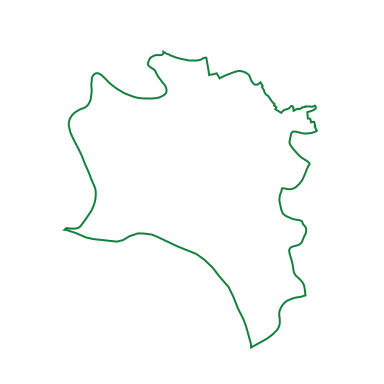 Thai Thuy, Thái Bình, Vietnam (Natural Earth projection), rotated 106°
{"feature_id": "81297802B86878375688696", "entity_name": "Thai Thuy", "entity_type": "district", "adm_level": 2, "iso_a3": "VNM", "parent_name": "Vietnam", "parent_adm1": "Thái Bình", "projection": "natural_earth1", "projection_center": [106.487, 20.541], "detail": "fine", "context": "isolated", "style": "outline", "palette": "green", "viewbox_px": 384, "rotation_deg": 106, "n_neighbors": 0, "source": "geoboundaries", "source_scale": "gbopen_adm2", "svg_char_len": 5746}
<svg xmlns="http://www.w3.org/2000/svg" viewBox="0 0 384 384"><g transform="rotate(106 192 192)"><path d="M65.1,258.2L66.2,257.8L66.8,257.8L67.4,257.9L67.8,258.2L68.3,258.7L68.8,259.4L69.1,260.1L69.5,261.4L70.2,264.1L70.5,264.7L70.9,265.4L72.0,266.7L73.2,267.9L74.3,268.8L74.8,269.1L75.2,269.3L76.0,269.5L78.6,269.8L80.8,269.8L81.4,269.6L81.8,269.3L82.2,268.8L82.6,268.3L83.2,267.3L83.6,266.4L84.5,263.0L84.9,262.0L85.2,261.4L86.2,260.3L87.2,259.5L88.8,257.9L90.7,256.0L92.1,254.1L92.7,253.2L94.4,251.2L95.8,249.0L96.7,247.7L97.1,247.2L98.4,246.1L99.9,245.1L100.6,244.7L101.3,244.5L101.9,244.4L102.8,244.2L103.4,244.2L104.0,244.3L104.6,244.5L105.2,244.7L106.9,246.0L108.7,247.8L110.0,249.5L111.1,251.2L112.1,253.4L112.6,254.9L113.4,257.0L113.6,257.6L114.3,260.2L114.6,261.4L115.5,264.7L116.2,268.3L116.4,269.5L116.5,272.2L116.5,275.3L116.2,279.1L115.8,283.3L115.6,284.5L115.2,286.4L114.8,287.6L114.3,289.3L113.6,292.1L113.2,293.2L112.7,294.9L112.1,296.2L111.0,299.1L110.1,301.1L109.8,301.8L108.9,303.3L107.8,305.1L106.8,306.9L105.4,309.6L104.5,311.4L104.1,312.7L103.9,313.7L103.8,314.9L103.8,315.6L104.1,316.3L104.4,317.1L104.8,317.6L105.3,318.1L106.0,318.6L106.6,318.9L108.2,319.5L108.8,319.6L109.6,319.7L110.4,319.6L111.0,319.4L113.7,318.9L115.1,318.7L116.3,318.4L117.3,318.2L120.4,316.9L123.4,316.1L125.3,315.7L126.5,315.6L129.3,315.1L130.3,315.0L131.2,314.9L133.2,315.1L134.7,315.4L135.8,315.7L137.7,316.3L138.5,316.8L140.2,318.2L141.4,319.4L141.9,320.2L143.0,322.0L145.2,324.1L147.7,326.4L148.9,327.2L150.2,327.9L151.6,328.6L153.8,329.2L155.5,329.6L157.1,329.6L159.3,329.5L160.3,329.3L161.6,328.9L163.1,328.2L166.1,326.6L168.4,325.2L169.9,324.0L173.8,320.6L180.0,314.8L185.6,309.6L187.3,308.1L195.2,302.1L196.5,301.0L202.3,296.1L206.7,292.9L213.7,287.2L215.2,286.1L216.5,285.3L221.2,283.7L223.9,283.2L226.1,282.8L230.1,282.7L232.3,282.8L235.0,283.1L238.2,283.7L243.2,285.3L249.2,287.3L254.1,289.2L256.4,290.2L257.5,291.1L258.3,292.1L259.1,293.6L259.7,295.2L260.5,298.0L261.1,301.8L261.4,302.9L263.5,304.1L263.1,302.3L263.5,292.1L264.9,281.3L264.5,274.2L260.4,250.5L257.2,245.0L251.7,239.9L246.6,232.4L245.1,226.3L244.0,218.8L244.8,212.1L248.2,191.6L250.4,170.7L253.6,161.6L259.0,151.4L266.2,141.5L273.2,130.7L282.0,122.8L291.0,116.0L299.9,107.7L306.7,102.7L322.1,93.3L325.1,92.3L312.1,79.3L309.2,77.1L306.4,75.1L303.1,73.3L301.2,72.2L299.4,71.7L297.6,71.3L295.2,71.3L293.9,71.5L291.8,72.1L289.5,72.8L286.2,74.3L284.5,74.7L282.6,75.0L280.1,74.8L278.3,74.5L275.6,73.8L272.5,72.3L269.9,70.2L269.2,69.1L267.8,67.5L266.4,65.7L264.9,63.1L263.0,59.0L261.8,57.0L260.8,55.6L260.2,54.4L255.3,56.4L252.1,57.9L250.2,59.1L248.5,60.8L246.6,63.5L243.8,69.1L242.6,70.5L241.3,71.7L239.3,72.9L234.3,75.1L228.3,78.6L224.5,81.1L221.5,82.5L220.2,82.5L218.9,82.2L217.9,81.6L216.9,80.5L215.8,78.6L214.7,76.8L213.5,75.0L212.3,73.8L211.4,73.2L210.2,72.7L208.5,72.4L205.2,72.1L203.6,71.9L202.4,71.7L202.0,71.5L201.5,71.4L200.8,71.3L198.6,71.4L197.6,71.6L196.9,71.8L195.8,72.3L194.6,73.0L193.7,74.1L192.6,76.1L191.7,76.9L190.3,77.8L189.7,78.5L189.5,79.7L189.6,81.9L190.1,86.3L190.1,88.5L189.3,94.4L188.7,96.5L187.9,98.3L187.5,98.9L184.5,101.2L178.7,104.4L175.7,105.8L173.3,106.3L170.4,106.6L167.0,106.3L165.0,106.3L164.1,106.6L163.7,106.4L163.5,106.2L163.2,105.1L162.8,100.5L162.5,99.1L162.1,97.9L161.5,96.8L160.6,95.4L159.3,94.0L158.5,93.4L154.6,91.1L152.6,90.2L150.0,89.3L145.5,88.6L143.2,88.3L138.8,88.0L136.4,87.6L132.7,86.7L132.2,86.9L132.0,87.1L131.3,88.1L131.0,88.9L130.7,89.7L130.5,90.2L128.8,96.0L127.4,99.2L123.8,104.9L122.7,106.5L120.7,109.1L119.4,110.7L118.7,111.3L117.1,112.1L109.9,112.7L108.3,112.7L107.4,112.5L106.6,112.0L106.1,111.5L105.8,110.6L105.5,109.6L105.3,108.3L105.2,103.3L105.0,101.3L104.7,99.7L104.3,98.4L103.6,96.4L102.9,94.7L102.1,93.0L101.2,91.7L100.1,90.3L98.7,88.9L95.5,91.9L95.2,91.5L91.4,93.6L90.9,93.9L90.9,94.2L91.8,96.2L92.2,96.8L89.3,98.3L89.2,98.6L89.2,99.7L89.4,100.9L83.9,103.0L83.5,103.1L83.4,103.1L83.1,102.9L82.3,101.3L81.6,100.0L80.3,98.5L79.3,97.4L78.5,96.7L78.2,96.5L77.7,96.2L76.7,96.2L76.3,96.4L75.9,96.7L75.6,97.0L75.3,97.6L75.2,97.7L76.1,98.7L76.8,99.9L77.0,100.3L77.2,101.4L77.5,102.9L78.4,106.5L78.5,106.7L78.7,106.8L79.1,106.8L79.7,108.1L80.4,109.7L80.5,109.8L81.3,109.8L82.0,110.8L82.5,111.3L82.8,111.5L82.7,111.9L82.6,112.2L83.1,113.7L83.2,113.9L83.6,114.0L84.0,114.8L85.9,116.7L86.0,116.8L85.9,116.9L84.8,117.2L84.1,117.4L83.2,117.8L82.5,118.3L82.0,119.0L81.9,119.3L81.8,119.9L81.9,120.2L82.2,120.5L83.8,121.2L84.8,121.8L85.3,122.3L86.1,123.4L87.0,124.9L87.5,125.7L88.2,126.3L89.0,126.9L90.4,127.6L91.3,128.0L90.3,131.6L89.4,134.8L88.8,134.7L87.4,134.2L87.2,134.2L87.1,134.4L86.3,137.0L85.2,136.7L84.8,136.7L84.0,138.4L83.2,139.7L82.0,141.3L79.4,144.4L78.4,145.7L78.3,147.0L77.6,148.1L76.8,149.1L75.9,150.0L74.3,150.8L72.0,153.6L71.9,153.6L70.7,153.3L70.4,153.4L70.1,153.7L67.7,156.5L69.0,157.3L69.6,157.8L70.2,158.3L70.7,158.8L71.1,159.6L71.3,160.2L71.4,160.7L71.4,161.3L71.4,161.7L71.0,162.6L70.0,163.9L69.6,164.6L69.2,165.1L68.5,165.7L67.7,166.4L64.7,168.7L64.1,169.3L63.8,169.7L63.5,170.2L63.2,171.0L62.3,174.1L62.3,174.8L62.2,176.1L62.3,177.9L62.3,178.4L62.5,179.7L62.9,180.8L63.3,181.5L64.4,183.4L65.7,185.3L68.4,188.9L69.8,190.8L71.6,193.0L72.9,194.5L74.2,195.8L75.1,196.7L72.6,199.4L71.1,201.0L73.1,204.1L73.6,205.6L74.9,207.7L69.4,210.2L59.5,215.0L59.3,215.1L58.9,215.6L59.0,215.8L59.6,216.9L60.2,218.0L60.3,218.2L60.8,218.4L61.1,218.7L61.7,219.3L62.5,220.3L63.1,221.2L63.4,221.8L64.3,223.7L65.1,226.4L65.6,228.1L66.1,229.7L66.3,230.7L66.5,232.3L66.7,235.2L67.0,239.1L67.0,240.4L67.1,241.8L67.1,245.4L67.0,246.2L66.6,249.3L66.7,249.9L66.7,250.3L66.4,251.2L66.1,252.1L66.1,252.4L66.1,254.5L66.0,255.0L65.9,255.4L65.5,256.4L65.3,257.4L65.1,258.2Z" fill="none" stroke="#15803d" stroke-width="2"/></g></svg>